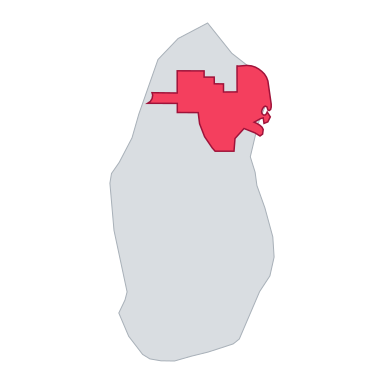 location of Al Khawr within Qatar
{"feature_id": "QAT-1105", "entity_name": "Al Khawr", "entity_type": "Municipality", "adm_level": 1, "iso_a3": "QAT", "parent_name": "Qatar", "parent_adm1": "", "projection": "orthographic", "projection_center": [51.407, 25.752], "detail": "fine", "context": "in_parent", "style": "filled", "palette": "rose", "viewbox_px": 384, "rotation_deg": 0, "n_neighbors": 0, "source": "natural_earth", "source_scale": "10m", "svg_char_len": 1341}
<svg xmlns="http://www.w3.org/2000/svg" viewBox="0 0 384 384"><path d="M208.3,352.0L190.9,356.3L174.5,361.0L160.9,360.8L149.9,358.9L142.6,354.4L128.7,336.3L118.8,313.0L125.0,300.0L127.1,291.9L114.0,230.4L109.9,183.2L111.5,173.5L119.2,162.4L132.0,137.9L138.8,114.2L158.0,59.5L178.1,38.5L207.6,23.0L231.8,53.3L261.3,76.4L266.9,102.2L258.2,123.3L250.3,156.8L255.1,172.2L256.9,185.5L264.9,207.9L272.8,236.9L274.1,257.1L269.9,275.9L259.6,291.6L239.3,339.0L233.2,343.9L208.3,352.0Z" fill="#d9dde1" stroke="#a8b0b8" stroke-width="1"/><path d="M237.1,65.9L238.6,66.1L246.8,65.4L251.5,65.9L255.3,67.1L258.7,69.0L261.8,71.4L264.4,74.0L266.5,77.3L267.9,81.0L271.2,104.2L271.2,107.1L270.6,109.5L269.1,110.6L267.9,109.9L266.9,106.8L265.2,106.1L263.7,107.0L262.3,109.1L261.6,111.5L261.9,113.5L263.6,115.1L265.3,114.9L266.5,113.6L267.2,112.0L270.3,116.9L267.8,121.9L264.0,123.4L263.2,117.9L260.6,118.6L254.1,122.2L256.8,123.4L259.8,125.2L262.1,127.3L263.2,129.5L262.6,134.1L260.0,136.0L255.0,132.9L244.0,128.5L235.0,138.5L234.0,151.2L215.1,151.2L212.3,148.0L204.6,136.7L199.6,123.8L198.2,112.6L177.3,112.5L177.3,103.4L147.6,103.3L150.3,101.5L152.1,98.6L152.7,95.1L152.0,92.7L177.2,93.0L177.2,70.8L204.1,70.9L204.1,77.1L214.2,77.1L214.3,83.8L223.5,83.9L223.5,92.0L237.1,91.9L237.0,66.7L237.1,65.9Z" fill="#f43f5e" stroke="#9f1239" stroke-width="1.5"/></svg>